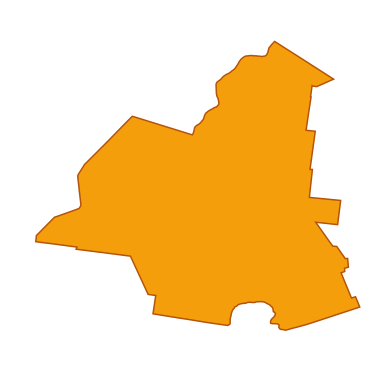 outline of Río Hondo, Santiago del Estero, Argentina, rotated 266°
{"feature_id": "61730980B3191379670925", "entity_name": "Río Hondo", "entity_type": "district", "adm_level": 2, "iso_a3": "ARG", "parent_name": "Argentina", "parent_adm1": "Santiago del Estero", "projection": "orthographic", "projection_center": [-64.73, -27.436], "detail": "fine", "context": "isolated", "style": "filled", "palette": "amber", "viewbox_px": 384, "rotation_deg": 266, "n_neighbors": 0, "source": "geoboundaries", "source_scale": "gbopen_adm2", "svg_char_len": 3860}
<svg xmlns="http://www.w3.org/2000/svg" viewBox="0 0 384 384"><g transform="rotate(266 192 192)"><path d="M65.5,351.3L69.9,349.9L73.4,348.7L74.7,348.3L75.9,347.9L76.1,347.8L75.1,343.7L90.0,338.7L101.0,335.1L102.0,338.8L105.3,338.9L106.0,342.4L106.1,342.8L114.7,342.6L114.9,342.6L114.8,340.3L121.5,336.2L127.6,332.6L128.2,328.6L136.1,323.7L153.2,313.3L149.3,335.0L173.2,339.7L178.4,308.8L178.4,308.7L206.1,313.7L206.3,311.3L244.0,319.2L245.6,310.1L255.3,312.2L264.4,314.2L278.5,317.4L278.6,316.9L287.3,318.7L289.7,319.2L289.3,319.7L288.4,323.7L294.7,341.1L318.4,309.3L323.2,302.8L329.4,294.4L336.4,285.0L335.9,284.4L335.4,283.7L334.9,283.3L334.4,282.8L334.1,282.3L333.7,282.0L333.2,281.4L332.9,281.2L332.4,280.7L331.9,280.3L331.4,280.0L331.1,279.3L330.4,278.9L329.5,278.5L328.7,278.3L328.1,278.1L327.3,277.7L326.7,277.7L326.1,277.5L325.1,276.9L324.4,276.5L324.0,276.3L323.3,275.5L322.9,275.0L322.6,274.4L322.5,273.9L322.5,272.9L322.4,272.2L322.3,271.5L322.3,270.7L322.5,270.1L322.8,269.0L322.9,267.9L323.0,267.0L323.2,266.2L323.4,265.3L323.5,264.2L323.5,263.2L323.9,261.6L324.0,260.6L324.0,259.3L324.0,258.4L323.9,257.2L323.9,256.1L323.8,254.7L323.4,253.9L323.1,253.2L322.3,252.0L321.8,251.2L321.3,250.5L320.5,249.7L320.0,249.3L319.6,248.9L318.9,248.3L318.2,247.8L317.1,247.3L316.3,246.6L315.4,246.0L314.4,245.2L313.6,244.6L311.8,243.0L310.9,241.8L310.2,240.5L309.1,239.1L308.2,237.8L307.5,236.1L306.9,234.5L306.1,233.1L305.5,232.0L304.5,230.7L303.3,229.5L302.5,228.7L301.6,227.4L300.9,226.2L299.8,224.6L298.4,223.7L297.3,223.5L295.6,223.4L294.2,223.4L293.0,223.3L291.2,223.3L288.5,223.2L286.9,223.4L285.3,223.7L284.5,224.1L283.0,224.6L281.3,224.8L279.8,225.0L278.2,224.9L277.3,224.6L276.0,223.4L275.8,223.0L275.1,222.1L274.9,220.9L274.2,219.4L273.5,218.1L272.8,216.4L271.9,214.5L271.3,213.5L270.5,212.5L269.7,211.3L268.9,210.7L267.5,210.0L266.8,209.6L265.6,209.2L264.2,208.6L263.1,207.9L262.0,206.7L261.3,206.1L260.6,205.4L259.8,204.5L259.5,204.0L258.8,202.8L258.5,202.0L257.9,201.1L257.2,200.2L256.4,199.4L255.7,199.0L254.6,198.7L253.6,198.5L252.5,198.1L251.2,197.6L250.4,197.2L249.7,196.9L249.0,196.3L249.0,196.2L271.7,137.8L271.7,137.7L263.7,128.6L255.3,119.2L254.8,118.6L252.6,116.1L248.9,112.0L248.3,111.3L237.4,98.8L235.4,96.5L232.3,92.9L227.0,86.8L226.6,86.5L218.0,80.2L217.4,79.8L216.7,79.4L216.3,79.3L215.2,79.1L212.8,79.2L212.6,79.2L212.4,79.2L205.6,79.5L199.8,79.7L195.9,79.9L187.2,80.3L185.9,80.0L184.9,79.3L184.1,78.7L183.6,78.3L183.4,77.9L183.0,76.7L182.3,74.4L180.2,66.9L176.6,53.8L176.4,53.1L176.0,52.6L162.3,37.0L161.9,36.6L161.0,35.5L160.5,35.0L160.4,34.8L160.2,34.6L159.8,34.2L159.4,33.7L158.5,33.6L158.1,33.5L153.3,32.7L153.1,34.0L153.0,34.3L152.9,34.7L152.8,35.4L152.6,36.2L152.3,37.6L150.0,49.5L146.3,67.5L145.1,73.4L143.0,72.4L139.5,90.1L138.3,96.1L132.3,126.1L92.9,141.1L91.3,148.6L73.2,144.6L67.2,170.2L65.4,178.3L60.2,200.4L60.2,200.5L58.4,208.9L56.9,215.9L56.9,216.6L56.4,218.3L57.0,219.7L57.8,220.8L58.7,220.9L60.4,221.1L62.2,221.1L64.4,221.7L65.2,222.1L67.8,222.7L69.5,223.4L71.1,224.1L71.4,224.3L72.1,224.9L73.0,225.9L74.2,226.5L75.1,228.6L75.3,229.0L76.4,230.2L76.7,231.6L77.0,232.4L77.1,233.4L77.3,234.8L77.3,236.1L77.3,237.4L77.3,237.8L78.0,239.9L78.0,241.8L77.7,243.5L77.6,244.4L77.4,246.5L77.7,247.7L77.9,248.4L77.9,251.1L77.8,253.6L77.4,255.6L76.8,257.2L75.3,259.4L74.6,260.7L73.8,261.9L72.3,263.0L71.5,264.0L70.1,264.6L68.2,264.7L66.9,264.8L66.4,265.8L65.0,266.7L63.3,266.3L62.4,265.6L61.2,264.5L60.3,263.3L59.2,262.2L58.4,261.7L57.4,261.4L56.3,261.2L56.0,261.3L55.5,261.4L55.1,262.8L54.8,265.7L54.7,266.9L54.6,267.8L53.4,269.5L50.7,269.2L49.0,270.4L48.9,270.6L48.2,274.1L47.6,275.5L48.0,277.7L49.4,284.6L49.7,286.5L51.9,297.4L54.8,309.0L56.4,315.4L58.6,324.1L59.4,327.0L59.9,329.4L60.1,329.9L60.6,331.8L61.3,334.7L61.8,336.6L62.4,339.1L63.7,344.1L65.5,351.3Z" fill="#f59e0b" stroke="#b45309" stroke-width="1.5"/></g></svg>